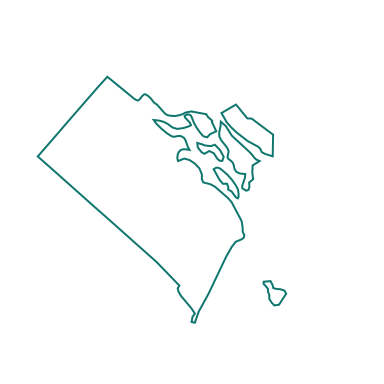 the border of Rhode Island, rotated 312°
{"feature_id": "USA-3539", "entity_name": "Rhode Island", "entity_type": "State", "adm_level": 1, "iso_a3": "USA", "parent_name": "United States of America", "parent_adm1": "", "projection": "natural_earth1", "projection_center": [-71.395, 41.581], "detail": "fine", "context": "isolated", "style": "outline", "palette": "teal", "viewbox_px": 384, "rotation_deg": 312, "n_neighbors": 0, "source": "natural_earth", "source_scale": "10m", "svg_char_len": 3028}
<svg xmlns="http://www.w3.org/2000/svg" viewBox="0 0 384 384"><g transform="rotate(312 192 192)"><path d="M259.4,150.6L259.0,151.3L258.4,154.3L258.5,158.6L258.3,159.7L257.3,160.0L253.4,169.4L246.9,166.7L242.8,166.7L241.0,163.1L241.5,158.6L242.8,152.8L244.7,147.2L248.1,140.3L247.6,137.9L245.9,136.2L243.5,135.6L242.7,137.0L242.1,144.0L241.0,146.6L238.6,145.7L233.7,142.8L229.0,138.8L226.9,134.4L226.4,128.7L225.2,124.0L223.1,119.9L219.9,115.4L218.9,119.6L218.6,126.9L218.9,134.5L219.9,140.0L221.5,142.2L223.9,143.8L226.0,146.0L226.9,149.8L226.1,152.5L222.7,158.9L221.6,162.0L219.8,159.1L218.0,157.0L215.9,155.6L212.9,155.4L209.9,156.5L207.0,158.8L205.7,161.0L211.7,163.9L214.1,168.8L215.0,175.2L214.5,181.7L211.6,187.7L208.1,190.7L206.7,194.0L210.1,200.5L211.3,205.5L211.6,222.4L211.0,228.1L203.6,248.3L199.8,253.0L196.1,256.7L195.0,259.7L192.6,261.1L190.0,260.5L184.2,257.8L177.7,258.3L166.7,260.7L127.0,272.5L107.7,277.0L96.8,281.6L95.1,278.7L99.6,275.9L99.8,275.9L103.6,275.5L105.2,269.2L107.5,252.9L109.0,248.6L110.7,246.0L114.0,245.2L115.4,225.3L116.3,212.0L116.2,202.3L116.1,183.7L116.0,165.1L115.9,146.5L115.7,127.9L115.6,109.4L115.5,90.8L115.4,72.2L115.2,53.6L138.4,53.2L161.5,52.7L184.6,52.3L207.7,51.9L220.9,52.0L221.2,56.4L221.7,66.5L222.6,86.7L223.0,88.9L223.8,90.6L225.8,91.1L230.6,90.8L232.7,91.2L233.6,92.4L234.1,96.0L234.0,98.3L233.7,100.3L233.1,103.1L233.1,104.6L233.5,107.8L232.3,118.7L232.3,120.4L232.8,122.5L234.2,124.9L237.1,128.6L241.3,131.7L244.2,133.2L246.7,134.0L251.4,137.6L259.4,150.6ZM288.9,213.9L272.5,228.1L269.1,220.6L268.3,217.2L269.8,213.7L270.0,211.3L267.1,199.3L266.1,185.1L266.3,177.4L267.1,171.0L270.4,161.1L273.8,162.2L278.0,163.5L282.2,164.8L286.4,166.2L285.8,170.6L285.1,175.0L284.4,179.4L283.7,183.8L284.4,184.7L285.1,185.6L285.8,186.4L286.5,187.3L287.2,195.3L287.9,203.2L288.6,211.1L288.9,213.9ZM247.0,191.7L248.5,188.1L250.0,179.1L251.5,175.3L254.0,172.7L260.4,168.9L263.5,166.4L263.6,173.0L260.5,183.9L260.2,208.1L259.9,211.9L259.2,215.0L259.1,217.9L260.2,221.5L252.3,219.3L246.8,223.8L242.4,228.9L237.3,228.1L234.3,231.2L231.4,232.6L229.3,231.5L228.4,226.9L230.1,225.2L238.1,221.8L241.0,219.5L237.8,215.3L236.7,211.6L237.5,208.2L240.0,204.9L240.9,203.2L241.2,200.9L241.0,196.2L241.8,195.0L245.5,192.8L247.0,191.7ZM176.7,314.3L175.0,316.7L176.6,319.9L178.7,322.5L180.6,326.6L179.4,330.1L173.6,330.9L166.5,332.1L162.8,329.1L163.1,325.2L164.3,320.9L167.0,318.6L168.6,315.5L170.8,313.4L171.4,309.9L171.7,306.4L173.4,305.4L174.8,306.7L178.3,310.0L176.7,314.3ZM228.4,199.3L228.6,206.3L227.8,213.4L226.4,219.5L225.0,223.7L223.8,225.5L221.7,227.9L219.5,229.9L217.9,230.3L217.4,228.2L218.9,221.0L218.0,217.1L219.6,216.1L220.3,215.1L220.8,213.9L221.6,212.5L218.8,209.5L219.5,204.3L223.4,192.9L225.7,193.5L227.3,194.7L228.1,196.7L228.4,199.3ZM239.4,192.0L235.4,193.7L233.7,191.6L233.7,188.3L235.4,182.4L234.0,177.4L228.7,175.7L228.0,172.3L229.0,166.5L232.0,163.1L234.0,167.3L235.4,170.7L238.7,175.3L242.4,177.4L242.0,184.5L239.4,192.0Z" fill="none" stroke="#0f766e" stroke-width="2"/></g></svg>